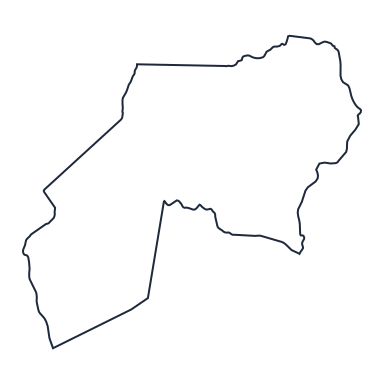 the border of Ogooué-Ivindo
{"feature_id": "GAB-2186", "entity_name": "Ogooué-Ivindo", "entity_type": "Province", "adm_level": 1, "iso_a3": "GAB", "parent_name": "Gabon", "parent_adm1": "", "projection": "equal_earth", "projection_center": [13.011, 0.34], "detail": "fine", "context": "isolated", "style": "outline", "palette": "slate", "viewbox_px": 384, "rotation_deg": 0, "n_neighbors": 0, "source": "natural_earth", "source_scale": "10m", "svg_char_len": 3198}
<svg xmlns="http://www.w3.org/2000/svg" viewBox="0 0 384 384"><path d="M224.9,66.0L226.1,66.2L228.2,65.8L231.9,66.1L234.1,65.5L236.0,64.4L238.0,61.2L239.9,60.8L241.7,60.1L242.4,57.6L243.2,56.5L245.3,55.8L247.6,55.4L249.2,55.6L252.9,57.4L256.2,58.2L259.4,58.2L262.9,57.3L264.3,56.0L266.7,51.6L270.5,49.6L271.9,48.1L273.4,46.8L275.5,46.5L276.5,46.6L277.5,46.5L279.4,46.0L280.1,45.6L281.4,44.2L282.1,43.8L282.7,44.0L283.9,44.8L284.2,44.9L285.4,44.4L285.7,44.1L287.0,40.6L288.0,36.9L288.1,36.3L289.6,35.8L309.6,38.3L311.4,38.8L313.4,40.4L314.9,42.5L316.6,44.1L318.8,44.2L322.6,42.3L324.5,41.6L326.7,41.9L330.8,43.4L331.7,44.3L332.4,45.2L333.2,46.0L334.5,46.3L334.6,47.1L334.8,47.9L335.7,48.7L336.9,49.4L338.1,50.6L338.7,52.2L340.3,61.1L340.6,64.8L340.5,75.6L341.3,79.2L343.0,82.2L348.1,85.4L349.5,88.3L351.2,95.6L352.3,98.9L353.8,102.0L355.6,104.9L357.6,107.3L360.1,109.1L361.0,110.2L360.8,112.1L359.8,113.5L358.5,114.5L357.7,115.6L358.1,117.4L358.8,124.1L355.2,129.9L350.3,135.6L347.2,141.5L346.9,148.8L346.2,151.9L338.3,161.1L337.9,161.8L337.3,162.4L335.9,163.1L330.6,163.5L324.6,162.6L319.4,163.6L316.2,169.6L317.4,172.6L318.0,175.5L317.6,178.5L315.6,181.5L307.8,187.3L305.5,190.6L301.8,201.9L298.2,209.2L297.7,212.6L298.2,216.2L299.3,220.6L299.8,224.1L300.2,234.4L300.9,235.4L302.1,235.4L303.4,235.7L304.2,237.5L304.1,239.0L302.6,241.6L302.1,243.0L302.3,245.1L302.9,246.7L303.0,248.2L301.9,250.0L300.8,251.4L299.5,253.8L299.4,253.7L291.6,250.1L286.4,245.0L284.1,243.1L282.0,242.0L260.8,235.8L259.2,235.6L255.1,235.9L235.2,234.8L233.1,234.8L232.2,234.6L231.0,233.9L230.0,233.1L228.8,232.5L226.0,232.6L224.8,232.3L223.6,231.7L222.5,230.7L218.5,228.0L217.7,226.9L217.3,225.7L215.3,217.0L215.1,214.2L214.6,213.0L212.9,211.4L211.4,209.3L210.5,208.8L207.4,209.5L206.4,209.5L205.6,209.3L204.9,209.0L204.0,208.4L202.0,206.8L200.3,205.0L199.5,204.7L196.4,208.4L195.2,209.3L193.7,209.7L192.5,209.4L189.2,208.2L186.6,207.6L184.6,207.8L183.4,207.3L182.5,206.3L181.9,205.0L181.1,203.7L180.2,202.7L179.3,201.5L178.2,200.7L176.8,200.4L169.9,205.0L168.9,205.2L167.9,205.0L166.9,204.2L165.9,203.1L165.2,201.9L164.4,201.1L163.9,201.6L147.9,298.1L131.2,309.5L53.0,348.2L49.8,339.2L49.4,337.8L47.7,326.3L46.2,321.7L44.9,319.1L44.0,317.8L40.0,313.3L39.1,312.0L38.5,310.4L36.9,303.1L36.6,300.8L36.8,297.3L36.6,295.0L36.3,293.1L35.8,291.7L30.3,280.5L29.7,279.2L29.4,277.8L29.2,276.3L29.2,272.9L29.6,268.9L29.1,262.4L28.3,257.6L27.9,256.6L27.2,255.7L26.3,255.2L25.3,255.0L24.4,254.7L23.8,253.9L23.4,253.3L23.1,252.1L23.0,250.8L23.3,249.4L25.1,244.9L26.0,240.4L26.9,239.0L29.6,236.4L31.1,234.4L46.0,224.0L47.8,223.6L49.0,222.9L50.5,221.2L51.7,220.1L53.8,217.8L54.4,216.3L54.8,214.4L54.6,212.3L55.1,207.8L44.4,192.4L43.8,191.2L43.9,190.3L44.8,189.2L121.1,119.5L121.8,118.4L122.3,117.1L122.8,113.1L122.8,112.6L122.7,112.3L122.4,111.9L122.4,111.3L122.5,110.6L122.7,109.1L122.8,108.2L122.5,103.0L122.5,100.1L122.9,97.8L123.0,97.7L126.1,92.3L126.9,90.4L128.1,86.9L128.3,86.2L128.5,85.5L128.8,84.7L130.5,82.2L130.8,81.6L132.8,76.3L134.1,74.5L134.5,73.8L134.6,73.3L134.7,71.5L134.8,71.0L135.0,70.4L135.2,69.9L136.4,67.9L136.6,67.4L136.8,66.9L137.0,65.5L137.0,64.3L224.9,66.0Z" fill="none" stroke="#1e293b" stroke-width="2"/></svg>